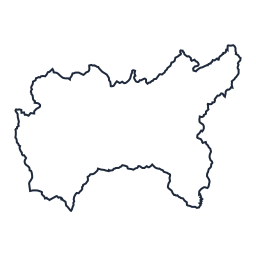 Chi Lang, Lạng Sơn, Vietnam (Robinson projection)
{"feature_id": "81297802B55451481919262", "entity_name": "Chi Lang", "entity_type": "district", "adm_level": 2, "iso_a3": "VNM", "parent_name": "Vietnam", "parent_adm1": "Lạng Sơn", "projection": "robinson", "projection_center": [106.633, 21.667], "detail": "fine", "context": "isolated", "style": "outline", "palette": "slate", "viewbox_px": 256, "rotation_deg": 0, "n_neighbors": 0, "source": "geoboundaries", "source_scale": "gbopen_adm2", "svg_char_len": 5732}
<svg xmlns="http://www.w3.org/2000/svg" viewBox="0 0 256 256"><path d="M135.1,70.8L133.4,70.2L132.9,70.3L132.1,70.9L132.2,72.3L131.4,74.0L130.1,78.6L128.7,80.5L126.6,82.3L125.5,83.0L124.1,83.2L122.2,81.7L120.4,82.8L119.6,83.0L116.9,81.3L115.9,82.4L113.7,85.7L113.2,86.0L111.6,86.3L110.8,86.2L110.3,81.9L109.1,80.3L108.9,78.0L106.8,74.6L102.2,71.7L98.9,68.2L98.3,67.0L97.0,66.8L95.3,65.7L94.5,65.7L94.1,65.3L92.7,65.6L91.3,64.9L89.2,65.5L89.4,69.4L88.8,70.9L88.3,71.5L86.2,72.4L83.9,74.6L83.3,74.9L78.8,72.6L75.4,72.6L73.9,73.3L72.6,73.4L71.6,76.0L70.0,78.2L69.9,79.5L68.2,78.3L65.7,78.4L63.1,77.9L61.2,76.6L57.7,73.4L56.2,72.7L53.7,72.4L53.3,70.5L52.5,69.0L49.4,71.9L47.9,72.2L46.6,74.6L45.2,76.3L43.0,76.0L41.0,76.3L39.9,77.5L38.6,77.1L37.2,77.9L36.1,78.1L35.5,80.3L33.0,81.6L32.7,84.2L31.3,86.8L31.2,88.0L32.0,89.3L31.3,90.2L30.8,91.9L31.3,92.7L31.4,94.1L32.6,95.4L33.1,99.3L33.9,100.5L35.0,101.2L34.7,102.8L37.9,103.2L39.1,103.9L40.1,105.0L40.0,106.6L38.3,107.9L36.5,108.8L34.5,110.9L34.2,111.5L34.2,113.5L30.6,113.1L28.5,115.7L26.5,114.8L24.8,114.8L24.0,112.4L21.5,112.8L21.3,109.9L19.1,109.4L17.6,109.7L16.1,109.4L15.5,110.3L15.8,111.4L17.6,113.9L17.8,117.2L18.9,121.8L18.2,124.3L18.7,125.9L17.0,127.1L17.0,128.5L16.0,128.9L15.5,129.5L15.8,131.5L15.8,134.8L15.4,137.6L16.1,138.4L16.6,139.6L16.9,142.5L18.2,143.6L18.7,145.2L20.1,146.1L19.6,147.6L19.7,148.8L20.9,151.5L21.8,152.5L21.9,154.1L22.3,154.8L22.8,155.3L24.0,155.2L26.1,158.0L24.8,160.3L24.6,161.8L25.0,163.5L26.4,165.2L27.7,165.9L29.0,167.3L29.5,168.2L29.6,170.4L31.0,170.8L31.5,171.8L32.1,174.8L32.2,177.7L30.9,180.1L29.6,181.9L29.1,183.5L30.1,191.0L32.9,190.4L35.9,190.4L37.6,190.5L40.7,191.5L42.0,192.2L41.8,194.0L42.1,194.6L44.3,196.6L45.0,198.5L46.7,197.8L47.2,198.7L49.1,199.5L49.4,200.0L56.4,196.1L57.0,196.2L58.4,197.7L59.8,197.3L61.1,197.7L61.9,198.4L61.2,199.0L61.4,199.5L62.0,199.4L65.5,201.8L66.2,205.7L67.4,206.6L70.5,210.5L71.1,210.8L71.9,209.4L72.9,206.2L73.5,205.2L73.4,202.7L74.2,201.3L73.7,199.5L74.2,196.8L75.6,194.2L76.6,193.0L78.7,193.2L79.9,191.6L81.1,190.6L82.3,188.9L82.0,187.2L82.9,186.2L83.2,184.8L85.8,183.5L87.8,180.7L88.0,179.6L87.6,176.9L89.4,175.7L90.3,174.3L92.9,174.1L94.5,173.3L97.0,171.0L97.5,170.4L98.0,168.6L101.2,169.6L104.2,169.9L105.7,170.5L108.7,171.1L108.9,170.0L110.2,170.6L112.8,170.2L113.7,168.8L114.9,168.6L115.8,168.0L118.8,167.9L120.2,166.9L121.1,166.6L122.3,165.2L125.0,165.7L127.3,166.6L127.6,168.2L128.0,168.6L131.6,169.1L133.4,169.7L135.5,168.4L137.2,167.9L137.7,167.5L138.4,166.1L139.9,166.3L142.4,168.0L144.4,168.0L146.7,166.2L148.3,167.3L149.2,167.2L151.1,165.8L152.2,164.5L154.9,167.3L156.2,168.1L158.5,168.7L159.4,168.6L160.9,169.6L162.7,170.2L163.8,171.8L167.6,173.0L168.2,173.6L169.7,174.2L170.0,174.5L170.1,175.6L169.5,178.0L170.0,181.1L168.6,183.4L167.9,186.2L167.9,187.1L168.5,188.2L171.6,190.6L172.5,192.8L174.1,195.0L175.1,194.9L176.1,195.6L177.5,195.3L178.7,196.8L180.0,197.3L180.7,198.0L183.0,198.4L184.6,200.7L186.8,202.3L186.9,204.9L187.5,205.4L190.1,206.0L192.0,206.9L195.3,206.9L196.9,207.9L199.1,207.4L199.4,206.5L200.7,205.1L200.6,204.6L199.8,203.6L201.1,203.6L201.3,203.4L200.5,202.1L201.5,201.3L200.5,200.3L200.5,199.8L200.8,199.5L201.4,200.0L202.3,199.1L201.9,198.8L201.2,198.8L201.2,197.7L200.3,197.3L200.9,196.2L200.3,195.3L200.2,194.2L199.8,194.0L199.1,194.5L199.2,191.7L199.5,190.9L201.3,188.9L203.6,187.4L204.6,187.2L207.4,188.0L208.5,186.7L209.5,182.1L209.5,180.9L208.8,179.0L207.0,176.2L207.2,173.4L207.9,172.4L208.8,169.0L210.2,167.8L211.0,166.7L211.3,164.0L212.2,163.2L212.3,162.5L211.9,161.4L210.5,160.1L209.5,157.0L209.8,154.6L211.0,151.6L210.3,148.8L208.6,147.1L208.1,145.7L206.2,143.8L205.8,142.0L202.7,142.9L202.3,142.4L202.1,141.2L200.8,139.1L198.1,138.2L197.2,137.5L197.4,135.1L198.3,134.1L199.2,133.5L201.2,130.6L202.2,131.4L203.2,130.1L203.9,128.1L203.7,125.9L203.0,124.5L200.3,122.7L199.5,121.7L199.4,118.7L199.8,117.6L199.8,116.5L201.6,117.0L202.5,116.9L203.8,116.0L203.8,115.0L205.9,113.8L206.0,111.5L208.4,109.5L208.0,107.6L208.1,106.0L207.7,104.6L207.9,103.9L209.8,104.2L211.3,104.1L212.3,103.3L212.4,102.4L213.7,102.4L214.4,102.1L215.0,100.5L214.7,99.7L214.8,99.2L217.5,95.6L218.7,95.7L219.7,95.3L221.2,93.4L222.7,93.7L223.9,95.8L224.9,96.7L225.6,93.5L225.7,91.7L226.2,90.7L227.5,89.6L228.7,89.7L229.6,89.2L230.4,88.5L231.1,87.2L232.4,87.6L231.7,84.5L232.0,82.9L231.8,81.3L234.4,79.2L235.3,77.7L236.1,77.1L238.4,73.9L238.6,73.0L238.6,69.5L237.8,68.6L237.6,67.2L238.5,64.7L237.9,63.5L238.6,62.0L240.2,60.5L240.6,58.0L239.6,57.4L238.1,55.2L235.8,54.0L236.1,52.9L235.5,51.1L235.5,48.2L235.0,47.0L234.3,46.0L233.2,45.2L230.8,45.7L228.1,45.4L227.7,45.9L227.6,46.9L227.6,50.0L227.0,49.4L226.2,49.6L225.8,52.0L224.9,52.8L223.3,52.9L223.1,53.1L223.2,54.0L222.3,54.3L221.7,55.2L219.9,56.4L219.3,57.3L218.6,59.7L218.0,59.6L217.6,58.7L217.1,58.5L214.6,60.4L212.7,60.1L212.1,61.8L211.3,62.2L210.7,63.5L209.6,63.5L209.0,64.1L208.5,64.1L207.8,65.3L207.0,65.1L202.1,67.4L200.8,67.6L199.2,68.4L196.9,70.2L196.0,71.3L193.5,70.6L193.1,68.7L193.3,68.2L195.0,66.4L196.9,66.1L198.1,65.6L198.7,64.5L198.2,63.0L196.8,61.6L195.7,61.3L194.5,59.7L191.7,60.8L190.9,59.9L190.9,58.2L190.6,57.8L188.7,56.2L187.2,56.5L185.1,54.9L184.4,54.2L183.9,52.4L182.9,51.7L182.7,50.7L180.6,50.4L180.2,50.9L180.2,52.2L181.0,53.7L180.6,54.6L178.9,55.4L178.5,56.1L175.4,57.7L174.6,60.9L172.8,62.3L171.5,62.5L170.5,65.7L167.4,68.1L166.8,69.6L165.2,70.9L164.7,72.3L162.0,74.5L160.0,74.2L159.4,74.4L156.1,78.9L154.2,79.1L153.5,79.6L153.0,80.7L151.6,81.1L150.2,82.5L149.1,82.5L147.5,83.7L146.1,82.2L146.0,79.5L144.9,78.6L144.4,78.6L140.8,80.4L139.8,80.2L138.5,81.9L137.8,82.0L136.4,81.7L135.8,81.2L134.4,78.8L134.1,77.8L134.3,76.5L135.4,75.8L134.5,73.4L135.1,70.8Z" fill="none" stroke="#1e293b" stroke-width="2"/></svg>